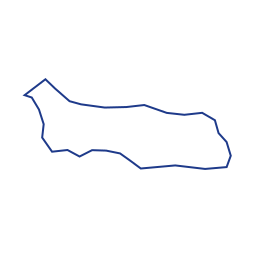 outline of Lagoudera, Nicosia, Cyprus, rotated 59°
{"feature_id": "46923920B28083184578057", "entity_name": "Lagoudera", "entity_type": "district", "adm_level": 2, "iso_a3": "CYP", "parent_name": "Cyprus", "parent_adm1": "Nicosia", "projection": "equal_earth", "projection_center": [33.023, 34.973], "detail": "fine", "context": "isolated", "style": "outline", "palette": "blue", "viewbox_px": 256, "rotation_deg": 59, "n_neighbors": 0, "source": "geoboundaries", "source_scale": "gbopen_adm2", "svg_char_len": 517}
<svg xmlns="http://www.w3.org/2000/svg" viewBox="0 0 256 256"><g transform="rotate(59 128 128)"><path d="M204.7,54.2L190.8,50.7L179.0,53.0L166.1,49.5L153.2,56.6L145.7,72.9L135.0,87.0L116.7,102.2L109.2,118.6L98.5,137.4L83.5,156.1L74.9,164.3L56.6,170.2L43.7,173.7L46.6,199.7L52.3,194.8L66.3,194.8L81.3,198.3L92.0,206.5L109.2,205.3L115.7,191.2L127.5,184.2L128.5,170.2L136.1,158.4L145.7,147.9L156.5,143.2L169.3,137.9L184.4,106.8L202.8,83.0L212.3,63.6L204.7,54.2Z" fill="none" stroke="#1e3a8a" stroke-width="2"/></g></svg>